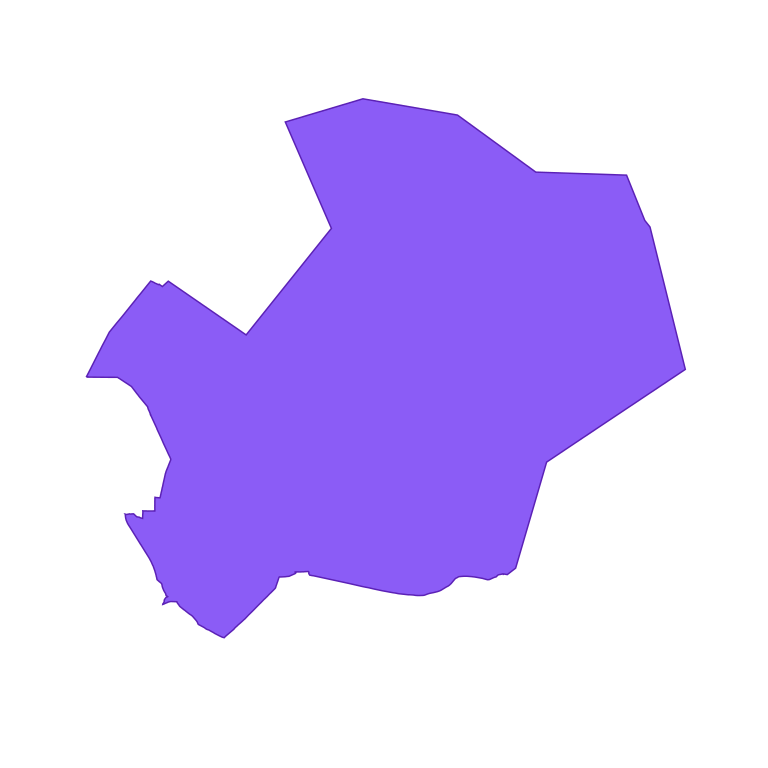 Hollands Kroon, Noord-Holland, Netherlands (Robinson projection), rotated 10°
{"feature_id": "6326949B67120856251926", "entity_name": "Hollands Kroon", "entity_type": "district", "adm_level": 2, "iso_a3": "NLD", "parent_name": "Netherlands", "parent_adm1": "Noord-Holland", "projection": "robinson", "projection_center": [4.878, 52.876], "detail": "fine", "context": "isolated", "style": "filled", "palette": "violet", "viewbox_px": 768, "rotation_deg": 10, "n_neighbors": 0, "source": "geoboundaries", "source_scale": "gbopen_adm2", "svg_char_len": 5872}
<svg xmlns="http://www.w3.org/2000/svg" viewBox="0 0 768 768"><g transform="rotate(10 384 384)"><path d="M586.6,136.2L496.7,149.0L409.7,106.4L313.7,106.8L241.3,143.1L272.7,190.7L305.2,239.9L301.1,247.3L281.0,284.1L239.7,359.6L153.7,320.2L148.8,326.5L145.2,324.8L144.8,325.2L144.7,325.3L144.4,325.3L143.4,325.0L141.8,324.6L141.3,324.5L140.9,324.4L140.4,324.2L139.4,323.8L138.8,323.7L138.2,323.5L137.8,323.4L137.6,323.4L136.4,323.1L136.0,323.8L133.6,328.1L130.3,334.1L128.5,337.4L127.0,340.0L125.5,342.7L124.1,345.4L122.3,348.6L114.7,362.5L110.2,370.3L104.5,380.6L102.8,386.1L101.9,389.0L100.2,394.2L99.6,396.1L98.3,400.5L97.7,402.3L95.1,410.9L93.8,415.2L93.0,417.8L92.5,419.5L89.8,428.2L90.9,428.3L90.8,428.7L112.3,425.1L120.4,423.7L135.7,430.3L142.2,436.3L143.5,437.4L145.4,439.2L147.3,440.8L155.3,447.6L155.4,448.1L155.5,448.4L155.9,449.0L156.3,449.9L156.8,450.6L157.1,450.9L159.6,454.9L159.4,455.0L159.7,455.4L160.5,456.4L168.2,467.5L168.3,467.9L173.7,475.6L177.2,480.9L180.8,486.0L181.7,487.3L183.6,490.1L185.8,493.1L187.4,495.5L187.5,495.5L187.1,495.5L187.1,496.0L187.0,496.3L187.0,496.5L186.9,496.9L186.3,499.7L185.8,502.1L185.6,503.4L185.4,504.0L185.2,504.8L185.3,505.1L185.0,505.8L184.9,506.2L184.9,506.5L184.6,507.7L184.5,508.7L184.4,509.9L184.3,510.0L184.1,514.8L184.0,517.0L183.9,518.7L183.8,520.9L183.8,522.5L183.7,524.2L183.6,524.7L183.6,526.8L183.5,528.4L183.4,529.5L183.4,530.0L183.4,531.4L183.3,532.1L183.3,533.7L183.2,534.2L183.2,534.5L183.2,534.9L182.5,535.1L181.0,535.2L179.1,535.4L178.9,535.4L178.2,535.3L178.2,535.9L178.3,536.9L178.4,537.2L178.5,537.7L178.5,538.2L178.6,538.4L178.7,539.4L178.8,539.9L179.0,540.9L179.1,541.6L179.3,542.5L179.3,542.9L179.3,543.1L179.4,543.4L179.5,543.8L179.6,544.0L179.6,544.6L179.8,545.7L180.1,547.1L180.2,547.8L180.3,548.4L180.3,548.7L180.3,548.9L179.8,548.9L177.9,549.3L175.6,549.7L173.6,550.1L173.2,550.2L172.5,550.2L171.8,550.3L171.2,550.4L170.6,550.5L169.8,550.7L168.5,550.8L168.8,551.9L168.9,552.7L169.0,553.2L169.0,553.9L169.6,558.3L167.1,558.1L166.4,557.7L166.2,557.7L165.9,557.7L163.5,557.7L163.4,557.6L162.3,556.9L160.4,555.6L160.0,555.4L159.9,555.5L159.3,555.5L158.3,555.7L157.5,556.0L156.9,556.1L156.1,556.1L155.8,556.1L155.5,556.2L155.3,556.4L154.8,556.6L154.1,556.8L153.3,557.2L153.1,557.2L152.7,557.2L152.1,557.2L151.9,557.1L151.7,557.1L151.8,557.2L152.1,558.3L152.5,559.8L153.0,561.2L153.7,562.7L153.8,563.0L154.5,564.0L155.3,565.3L156.3,566.6L157.3,567.7L158.7,569.2L159.6,570.2L160.7,571.4L162.2,573.1L169.8,581.6L170.0,581.8L172.2,584.3L172.3,584.3L178.9,591.7L179.7,592.5L179.8,592.6L179.9,592.8L182.0,595.1L183.3,596.6L183.7,597.1L184.1,597.7L184.4,598.0L185.5,599.4L187.7,602.7L188.0,603.0L188.5,603.7L188.6,604.0L188.9,604.5L190.5,607.3L190.8,607.8L191.1,608.5L191.4,609.1L192.2,610.7L192.8,612.0L193.0,612.6L193.7,614.1L194.4,615.9L194.5,616.1L197.4,617.9L197.7,618.0L198.4,618.4L199.3,619.0L199.6,619.2L199.7,619.4L199.9,619.6L200.0,619.9L200.6,621.3L200.8,622.0L201.4,623.1L202.2,624.4L202.9,625.5L203.7,626.5L204.5,627.4L205.2,628.2L205.3,628.3L205.6,629.0L206.0,629.8L206.1,630.1L206.5,630.3L207.4,630.7L207.6,630.8L207.9,631.0L207.1,631.6L206.4,632.0L206.2,632.4L206.1,632.6L205.6,633.6L205.3,634.3L205.1,635.1L205.3,636.0L205.3,636.4L205.2,636.9L205.0,637.7L204.5,638.8L204.4,638.9L204.4,639.5L205.3,639.0L207.4,637.5L207.9,637.3L209.2,636.4L209.6,636.1L210.6,635.7L211.6,635.3L212.6,635.1L217.8,634.4L218.1,635.0L218.5,635.5L219.8,636.7L219.8,636.8L220.2,637.1L220.4,637.2L220.8,637.8L221.2,638.2L221.9,638.7L226.0,641.0L227.4,641.6L228.5,642.3L232.5,644.4L234.0,645.0L235.5,645.8L235.8,646.0L237.9,647.7L240.2,649.6L241.3,650.7L241.5,650.9L241.6,651.1L242.6,652.7L242.8,652.9L243.2,653.1L243.4,653.2L243.8,653.3L245.7,653.9L249.6,655.2L250.6,655.8L251.3,656.1L251.9,656.3L252.7,656.5L253.6,656.6L253.9,656.6L254.2,656.7L257.6,657.9L259.2,658.4L260.2,658.9L263.4,659.9L267.0,661.0L267.8,661.1L268.1,661.3L268.5,661.4L270.7,661.6L270.8,661.4L271.0,661.1L272.0,659.7L275.8,655.1L278.3,652.1L278.8,651.5L278.9,651.2L279.0,651.0L279.2,650.6L280.1,649.3L281.4,647.7L282.3,646.4L283.8,644.6L285.3,642.7L287.1,640.3L287.8,639.5L291.0,634.6L291.4,634.1L294.4,629.9L298.0,624.6L299.8,622.0L300.7,620.8L303.1,617.2L304.2,615.8L304.6,615.3L304.8,614.9L305.3,614.2L305.6,613.9L306.3,612.8L306.5,612.5L307.1,611.6L307.2,611.4L307.9,610.4L308.2,610.0L308.5,609.6L309.0,609.0L309.1,608.8L310.1,607.4L311.0,606.1L312.3,604.2L312.6,603.5L312.8,601.5L313.0,600.4L313.3,598.4L313.5,597.3L313.9,594.6L314.0,593.7L314.1,593.1L314.3,592.3L314.4,592.2L314.6,592.1L315.6,592.0L316.1,591.9L320.4,590.9L321.9,590.4L323.1,590.1L324.0,589.8L328.0,587.1L329.2,586.3L329.5,586.0L329.6,585.9L329.4,585.8L329.2,584.5L329.9,584.4L330.2,584.6L330.4,584.5L330.4,584.4L330.6,584.2L331.0,584.1L331.3,584.1L331.9,584.0L334.2,583.6L336.4,583.1L337.6,582.9L338.4,582.6L342.1,581.8L342.6,582.2L342.9,583.8L344.0,585.1L346.7,585.2L347.4,585.1L347.8,585.1L384.1,586.5L397.8,587.2L401.5,587.3L404.0,587.3L409.2,587.6L417.8,587.9L429.0,588.0L431.5,587.9L434.5,588.0L440.4,587.6L444.1,587.4L446.0,587.1L447.8,586.9L449.9,586.7L451.8,586.7L452.6,586.6L453.6,586.5L455.4,586.2L459.2,585.4L459.8,585.2L460.3,585.0L460.8,584.8L463.6,583.1L464.3,582.8L465.0,582.4L465.7,582.1L469.1,580.8L472.7,579.2L473.6,578.7L474.5,578.2L475.4,577.6L476.2,577.0L480.7,573.0L482.1,572.0L482.7,571.4L483.5,570.6L484.0,569.8L484.7,569.0L486.7,565.5L488.1,563.1L489.8,561.9L491.0,560.8L493.9,560.0L495.9,559.5L499.4,558.9L503.6,558.5L506.9,558.3L508.9,558.3L514.6,558.3L516.6,558.5L519.9,558.8L521.5,558.4L522.5,557.8L525.4,555.8L526.5,555.1L527.7,554.6L528.2,554.2L528.7,553.3L529.3,552.5L529.9,552.0L530.4,551.8L532.1,551.2L534.1,550.3L534.5,550.8L535.2,550.3L537.7,550.3L538.5,550.3L538.6,550.2L545.6,542.5L557.7,432.7L588.4,403.2L678.2,317.3L642.2,236.1L618.7,183.2L612.4,177.6L586.6,136.2Z" fill="#8b5cf6" stroke="#5b21b6" stroke-width="1.5"/></g></svg>